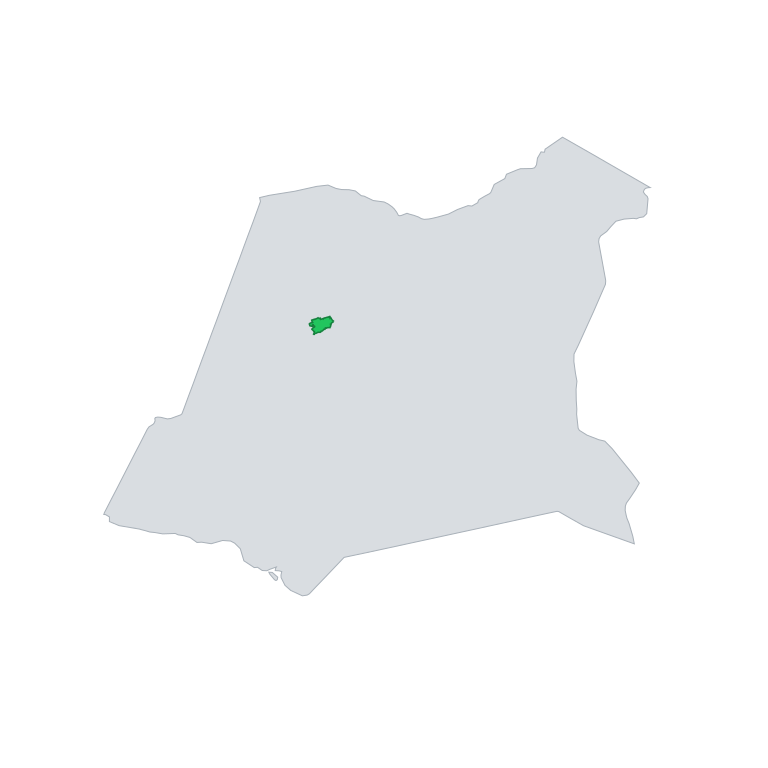 location of Kipipiri, Central, Kenya, rotated 78°
{"feature_id": "3690345B3299927088893", "entity_name": "Kipipiri", "entity_type": "district", "adm_level": 2, "iso_a3": "KEN", "parent_name": "Kenya", "parent_adm1": "Central", "projection": "robinson", "projection_center": [36.521, -0.423], "detail": "fine", "context": "in_parent", "style": "filled", "palette": "green", "viewbox_px": 768, "rotation_deg": 78, "n_neighbors": 0, "source": "geoboundaries", "source_scale": "gbopen_adm2", "svg_char_len": 6185}
<svg xmlns="http://www.w3.org/2000/svg" viewBox="0 0 768 768"><g transform="rotate(78 384 384)"><path d="M175.8,466.9L175.6,456.8L176.9,431.2L176.7,408.7L177.8,397.4L182.8,390.2L185.0,385.0L186.7,377.8L189.2,371.9L195.1,367.1L196.1,364.4L202.3,356.4L206.0,346.0L208.8,342.5L212.3,339.3L214.8,337.6L218.8,335.8L222.0,334.9L222.6,334.0L222.8,332.4L221.8,326.0L223.1,323.9L225.3,319.6L227.8,315.6L230.0,313.1L231.3,310.5L231.9,306.0L232.0,302.8L231.9,297.5L231.2,285.7L228.6,275.8L227.0,264.7L228.2,261.0L226.1,254.5L225.1,254.1L223.4,252.7L221.3,246.6L219.7,241.0L218.7,239.6L211.7,234.7L208.2,223.1L204.3,220.6L202.2,209.1L201.8,205.8L204.0,194.4L203.8,191.7L201.4,189.3L194.9,186.9L189.6,182.1L190.2,180.5L190.6,178.8L187.8,177.6L179.7,158.1L190.2,146.3L200.8,134.4L214.4,119.3L226.8,105.5L237.6,93.5L247.2,82.8L246.9,84.9L247.0,87.6L248.2,89.2L250.1,90.4L252.9,89.2L255.3,87.5L257.6,87.2L272.0,91.6L274.5,95.5L274.3,99.6L274.9,102.7L273.8,105.7L272.6,114.9L273.0,123.3L277.3,129.5L281.1,134.4L284.2,141.3L286.5,143.4L289.6,144.5L299.5,144.8L314.2,145.2L328.3,145.6L329.6,145.8L332.6,146.7L345.6,156.0L357.5,164.5L367.5,171.9L377.3,179.1L386.8,186.1L394.2,191.9L401.5,193.6L413.3,194.5L421.4,194.7L429.0,197.2L440.2,199.4L448.6,200.6L453.7,201.9L467.7,203.3L470.0,202.5L476.2,196.1L483.1,185.6L485.8,179.9L494.8,174.2L510.6,166.2L521.6,160.6L534.0,154.9L539.6,159.8L547.3,167.7L550.8,171.6L553.6,173.3L557.8,174.4L562.9,174.4L565.7,174.3L571.4,173.3L584.8,172.3L592.4,172.4L586.0,182.8L578.3,195.3L564.1,218.3L553.4,230.4L545.2,239.5L544.5,241.2L544.5,251.4L544.6,276.3L544.9,326.1L545.1,376.0L545.3,425.8L545.3,450.8L545.3,459.1L552.5,469.6L559.5,479.8L568.7,493.4L573.7,500.6L574.5,503.1L574.2,507.9L566.6,518.1L560.4,522.7L552.0,524.9L549.5,524.5L546.2,523.0L544.9,525.5L543.9,529.2L542.0,528.5L540.6,527.3L541.5,534.1L542.3,537.4L541.1,541.9L537.0,545.8L536.6,549.1L527.8,557.8L515.3,558.8L508.7,563.1L505.7,566.7L503.5,574.4L504.3,586.2L500.8,595.3L500.1,599.9L493.7,605.8L490.8,611.3L488.7,616.8L486.8,619.2L484.6,631.6L481.6,639.1L480.8,641.6L480.1,643.8L477.7,648.2L476.2,651.3L475.1,653.3L467.5,672.5L461.5,681.2L456.9,680.2L453.8,683.6L453.4,685.2L451.8,684.3L447.9,681.1L439.9,674.6L431.9,668.0L423.9,661.5L415.9,655.0L407.8,648.4L399.8,641.9L391.8,635.3L383.8,628.8L379.1,625.0L377.0,622.7L375.4,618.2L374.6,617.1L372.5,615.6L370.0,615.3L369.3,614.5L369.3,612.3L370.2,609.2L373.1,603.2L373.4,599.6L372.8,595.6L371.9,589.2L371.1,587.8L365.8,584.4L354.7,577.4L343.6,570.3L332.4,563.3L321.3,556.3L310.2,549.2L299.0,542.2L287.9,535.1L276.8,528.1L265.7,521.1L254.5,514.0L243.4,507.0L232.3,499.9L221.1,492.9L210.0,485.9L198.9,478.8L187.7,471.8L183.5,469.2L179.8,466.9L175.8,466.9ZM546.1,535.3L544.1,535.8L545.1,532.4L550.9,528.1L553.2,529.1L553.7,530.1L553.5,531.0L552.5,531.9L546.1,535.3Z" fill="#d9dde1" stroke="#a8b0b8" stroke-width="1"/><path d="M309.7,444.6L311.7,444.4L312.0,443.7L312.8,442.0L312.6,441.9L312.4,441.9L312.2,441.9L311.9,441.8L311.7,441.8L311.7,441.7L311.4,441.5L311.3,441.4L311.2,441.4L311.0,441.2L311.2,440.9L311.4,441.0L312.3,441.0L312.6,440.5L312.8,440.3L312.8,440.2L312.9,439.9L313.1,439.8L313.5,439.9L313.7,440.0L313.8,440.1L313.7,440.2L313.6,440.4L314.5,441.9L315.0,442.6L315.1,442.8L315.2,443.1L315.3,443.2L315.5,443.2L316.0,442.9L316.4,442.6L316.6,442.3L317.0,442.1L317.7,441.9L317.8,441.8L317.9,441.7L318.1,441.6L318.3,441.5L318.3,441.4L318.3,441.2L318.8,441.4L319.1,441.5L319.3,441.7L319.4,441.8L319.6,441.8L319.8,441.8L320.1,441.9L320.3,442.2L320.3,442.3L320.5,442.5L321.1,443.0L321.0,442.9L320.9,442.6L320.8,442.4L320.8,442.0L320.9,441.8L320.4,441.6L320.3,441.4L320.3,441.2L320.2,440.6L320.3,440.2L320.3,439.9L320.2,439.7L320.1,439.4L320.0,439.2L320.0,438.9L319.9,438.5L319.9,438.4L319.7,438.2L319.7,437.9L319.7,437.5L319.8,437.3L319.9,437.2L319.8,436.8L319.8,436.6L319.9,436.4L320.1,436.2L320.2,435.9L320.2,435.7L320.1,435.4L320.0,435.0L319.9,434.9L319.7,434.8L319.4,434.8L319.3,434.7L319.3,433.7L319.3,433.3L319.3,433.2L318.7,432.4L318.5,432.0L318.4,431.9L317.9,431.4L317.9,431.2L318.3,430.6L318.3,430.4L318.2,430.3L317.9,430.2L317.7,430.1L317.5,429.9L317.3,429.8L317.2,429.8L316.9,429.7L316.9,429.3L316.9,429.2L317.0,429.0L317.5,428.6L317.5,428.4L317.2,428.0L317.2,427.8L317.1,427.6L317.1,427.2L317.2,426.9L317.3,426.7L317.4,426.4L317.4,426.1L317.4,425.9L317.5,425.7L317.7,425.2L317.4,425.0L317.2,425.0L316.9,424.7L316.8,424.4L316.6,424.3L316.4,424.3L316.2,424.3L316.0,424.1L315.8,424.0L315.7,423.9L315.4,423.8L315.3,423.7L315.2,423.6L314.8,423.4L314.7,423.4L314.6,423.5L314.6,423.4L314.4,423.3L314.3,423.2L314.2,423.2L313.9,423.1L313.8,422.9L313.7,422.9L313.5,422.5L313.4,422.4L313.2,422.3L312.8,420.9L311.5,420.8L311.5,420.7L311.0,421.1L310.5,421.4L310.4,421.5L309.7,421.8L309.3,421.8L309.0,421.9L308.4,422.1L308.2,422.2L308.3,422.5L308.3,422.8L308.2,422.9L308.3,423.0L308.2,423.0L308.0,423.3L307.8,423.2L307.6,423.2L307.4,423.3L307.3,423.2L307.1,423.2L306.9,422.9L306.7,422.8L306.6,423.0L306.7,423.4L306.7,423.5L306.8,423.8L306.9,424.0L306.9,424.3L307.0,424.3L306.9,424.5L307.0,424.6L306.9,424.8L307.0,424.9L307.0,425.1L307.0,425.3L306.9,425.5L306.9,425.8L307.0,426.0L306.9,426.2L306.9,426.4L306.9,426.5L307.0,427.0L307.0,427.3L307.1,427.5L307.2,427.8L307.2,428.1L307.0,428.3L307.1,428.6L307.2,428.8L307.1,429.0L307.2,429.3L307.3,429.4L307.2,429.4L307.2,429.5L307.2,429.8L307.3,429.9L307.4,430.1L307.4,430.3L307.4,430.5L307.5,430.7L307.5,430.8L307.6,431.0L307.6,431.3L307.6,431.5L307.6,431.8L307.5,432.0L307.4,432.0L307.3,432.3L307.2,432.3L307.1,432.5L306.9,432.5L307.0,432.6L306.9,432.6L306.8,432.8L306.7,432.9L306.7,433.0L306.7,433.3L306.5,433.5L306.4,433.6L306.1,433.7L306.1,433.8L306.0,434.0L306.0,434.3L305.8,434.6L305.7,434.7L305.5,434.8L305.6,435.0L305.8,435.3L305.8,435.5L305.9,435.8L305.9,436.0L306.0,436.3L306.1,436.5L306.0,436.8L306.1,437.1L306.3,437.5L306.4,437.8L306.3,438.0L306.2,438.1L306.4,438.3L306.5,438.4L306.5,438.5L306.4,438.6L306.3,438.8L306.2,439.2L306.3,439.3L306.4,439.5L306.3,439.9L306.4,440.0L306.5,440.1L306.5,440.3L306.4,440.4L306.4,440.5L306.4,440.9L306.4,441.0L306.4,441.3L306.5,441.5L307.8,441.4L308.5,441.2L308.9,441.0L309.1,443.6L309.7,444.6Z" fill="#22c55e" stroke="#15803d" stroke-width="1.5"/></g></svg>